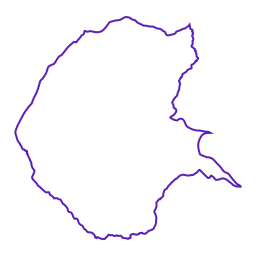 the district of Miraflores, Boyacá, Colombia, rotated 180°
{"feature_id": "7082276B88451081868443", "entity_name": "Miraflores", "entity_type": "district", "adm_level": 2, "iso_a3": "COL", "parent_name": "Colombia", "parent_adm1": "Boyacá", "projection": "natural_earth1", "projection_center": [-73.201, 5.152], "detail": "fine", "context": "isolated", "style": "outline", "palette": "violet", "viewbox_px": 256, "rotation_deg": 180, "n_neighbors": 0, "source": "geoboundaries", "source_scale": "gbopen_adm2", "svg_char_len": 5680}
<svg xmlns="http://www.w3.org/2000/svg" viewBox="0 0 256 256"><g transform="rotate(180 128 128)"><path d="M66.4,231.4L67.3,230.2L70.9,227.6L71.4,227.4L73.4,227.1L74.6,226.3L76.0,225.7L79.6,224.4L80.0,223.9L80.6,222.7L81.0,222.4L82.5,221.8L87.1,220.7L88.4,220.7L89.3,221.0L89.7,221.4L90.1,222.0L90.6,223.5L91.0,223.9L91.9,224.6L92.9,225.0L94.3,226.2L95.4,226.9L96.7,227.3L98.1,227.4L99.8,227.9L101.7,228.9L103.0,229.4L106.3,229.5L110.5,230.4L111.8,230.3L112.6,230.4L115.1,231.8L117.1,232.6L117.8,233.0L118.9,233.8L120.7,235.6L121.1,235.6L122.2,236.2L124.1,236.6L125.6,237.9L126.8,238.5L129.7,239.0L131.3,238.7L134.6,236.8L135.8,236.2L138.0,235.7L140.2,235.6L142.4,235.0L143.3,234.7L145.0,234.4L146.1,233.9L146.8,233.3L150.2,228.7L152.3,226.4L153.8,225.1L155.9,224.2L157.6,223.9L160.2,223.8L165.7,224.9L166.4,224.8L167.2,224.5L169.3,224.3L170.2,224.9L171.0,225.1L171.3,225.0L171.6,224.6L171.8,223.0L172.3,222.1L173.1,221.2L174.5,220.5L175.6,218.7L177.9,216.2L179.6,213.8L180.2,213.8L181.8,214.2L182.7,213.7L187.9,209.1L194.2,201.1L197.0,199.5L198.2,198.0L200.3,194.5L201.7,192.5L202.6,191.8L204.6,191.1L205.6,190.5L206.9,189.9L207.7,189.1L208.4,187.4L209.6,183.5L210.2,182.3L213.2,177.6L214.3,176.5L214.8,176.2L215.8,174.8L216.1,173.9L217.9,167.4L218.4,166.0L218.8,165.3L219.4,163.4L222.3,157.8L223.6,154.5L224.3,152.5L226.8,149.9L230.9,144.4L232.2,142.3L234.9,137.3L238.4,130.5L240.2,125.9L240.6,124.0L240.6,122.9L240.1,121.1L239.3,118.4L238.9,116.8L237.4,113.9L236.4,112.8L235.9,111.4L234.6,109.7L234.2,108.3L233.7,107.8L233.7,107.3L232.9,106.5L231.7,106.4L231.0,105.5L230.2,105.5L230.0,104.9L229.8,104.8L229.3,105.0L228.9,104.7L228.9,103.4L229.2,102.3L228.5,101.8L228.0,100.7L227.6,99.2L226.7,97.9L226.0,96.0L224.8,93.6L224.3,90.1L223.2,87.5L221.7,85.8L221.6,84.5L221.7,83.8L222.7,81.7L223.9,78.9L223.9,78.0L222.7,76.1L221.9,75.4L221.4,74.7L219.4,72.7L218.6,71.3L217.3,69.7L215.9,68.8L210.8,64.1L209.3,63.6L207.2,63.8L206.8,63.6L206.4,62.0L206.2,61.4L203.6,59.7L202.9,59.0L202.0,57.6L201.3,57.5L200.7,57.8L200.1,57.8L198.6,57.7L197.5,56.8L195.7,56.4L195.3,56.2L193.1,52.2L191.5,51.3L189.3,48.8L188.3,46.9L188.0,45.2L187.4,44.3L184.8,43.4L184.5,43.1L183.4,41.2L182.8,39.3L181.6,37.4L180.9,37.1L179.3,37.5L178.8,37.1L177.9,35.5L177.6,34.1L177.2,33.1L176.2,31.8L175.3,31.1L174.0,30.5L173.5,30.1L173.1,29.6L172.4,28.0L171.8,27.1L171.1,26.7L170.1,26.0L169.8,25.5L168.3,23.9L167.5,23.7L165.2,23.6L164.1,23.0L163.4,22.9L162.6,21.9L161.5,20.9L161.2,20.2L160.8,18.6L160.5,18.3L159.3,17.9L159.0,18.7L158.6,18.9L154.8,17.2L152.6,17.0L151.4,17.1L150.8,17.4L150.4,18.2L150.2,18.5L149.2,19.0L148.8,19.3L148.3,20.4L147.8,20.7L147.6,21.2L147.1,21.4L145.5,20.6L144.0,21.0L141.7,20.0L140.9,20.0L139.3,20.7L137.9,20.0L135.9,20.3L135.2,20.2L134.8,20.0L134.1,19.3L133.8,18.5L133.5,18.2L131.8,18.1L131.1,17.8L129.5,17.7L128.0,17.1L127.7,17.3L127.5,17.7L126.7,17.9L126.1,17.8L125.6,18.1L125.3,18.8L125.6,20.2L125.3,21.1L123.7,21.9L122.5,22.1L122.0,21.7L118.7,21.3L118.2,21.5L117.8,22.0L116.8,22.2L116.1,23.0L115.4,22.9L114.5,23.3L113.9,23.2L113.5,22.6L111.0,22.2L109.0,23.4L107.8,24.9L107.0,25.3L106.1,25.4L103.4,26.6L102.2,27.5L101.7,28.9L100.5,31.2L99.9,33.3L100.0,34.8L99.9,36.0L99.7,36.7L99.6,38.3L100.5,41.6L101.5,43.6L101.6,44.5L101.5,45.6L100.5,46.8L99.6,49.1L99.4,49.8L99.4,50.2L99.6,51.4L99.6,53.4L99.5,53.6L98.7,54.5L97.7,55.9L97.0,56.7L95.9,56.7L95.7,56.9L95.6,57.6L94.8,58.1L94.2,58.4L93.0,59.7L92.8,60.1L92.6,62.8L91.7,65.4L91.0,66.3L89.6,67.2L89.0,67.7L87.7,70.0L86.8,70.7L84.5,73.3L81.4,76.1L80.7,76.9L79.1,77.5L78.6,78.2L77.0,79.7L75.0,80.9L73.8,81.2L71.7,81.2L70.9,80.9L68.4,80.5L66.5,80.5L65.3,80.9L63.3,81.0L62.3,81.4L60.6,82.7L59.2,83.4L58.5,84.2L58.0,85.0L57.3,85.7L56.7,86.1L56.3,86.1L50.0,79.8L48.0,78.0L47.0,78.1L46.4,78.3L45.5,79.8L44.5,80.4L43.9,79.7L41.9,78.3L41.0,76.8L40.0,76.2L39.3,76.1L38.8,76.3L36.4,76.6L34.7,77.4L33.3,77.6L31.5,77.3L29.9,76.6L28.6,75.8L26.7,74.1L25.8,73.6L23.0,71.2L21.4,70.2L20.4,69.8L19.0,69.5L16.6,69.4L15.8,69.2L15.4,69.4L16.3,70.6L18.9,71.9L19.5,72.4L23.7,77.3L27.4,82.1L28.5,82.8L30.5,83.6L32.1,84.6L33.6,86.3L34.9,88.2L37.1,90.8L38.4,91.9L42.6,96.5L44.0,97.5L45.6,98.3L47.8,98.7L48.9,98.7L54.7,100.9L56.0,101.7L57.3,105.9L57.7,109.1L57.8,110.7L57.6,112.9L56.9,115.4L56.5,116.6L54.6,120.0L53.3,121.4L51.3,122.5L49.4,122.9L45.5,123.1L47.1,124.0L47.7,124.1L51.9,124.6L56.6,125.5L58.9,125.5L62.5,126.2L65.8,127.6L68.7,129.3L69.4,129.9L70.3,131.5L71.7,134.9L72.8,136.3L73.7,137.0L75.1,137.3L76.3,137.2L77.3,136.7L78.7,135.6L79.3,135.5L81.9,136.2L83.0,136.7L85.7,138.3L85.7,138.6L84.7,139.6L82.6,140.8L81.7,141.7L80.8,142.7L79.7,144.6L79.8,144.9L79.8,146.1L80.3,147.1L82.3,148.4L82.4,149.0L82.4,150.4L82.6,151.1L83.7,153.1L83.8,153.5L83.3,154.5L82.9,155.1L82.4,156.4L82.2,156.5L81.8,157.3L81.3,157.7L80.4,158.9L79.3,159.9L79.0,160.4L78.5,161.9L78.2,163.7L77.2,165.5L76.7,167.4L76.5,169.9L75.8,172.2L76.0,172.8L77.0,174.6L77.0,175.3L76.2,176.2L75.7,177.7L75.0,178.0L74.8,178.2L74.8,179.0L74.0,179.4L73.9,179.7L73.6,181.8L73.3,182.1L71.8,182.9L70.2,184.0L69.5,184.6L69.0,185.4L68.5,186.0L67.0,186.8L64.5,187.7L64.4,188.4L64.7,189.7L64.4,191.1L64.0,191.5L63.2,191.6L62.4,192.3L61.1,193.5L60.7,194.5L60.4,194.9L59.8,194.8L59.3,195.0L59.3,195.9L58.4,196.6L57.9,197.4L57.9,197.8L58.3,198.4L59.0,198.9L59.4,199.5L59.6,202.3L60.3,203.6L60.1,204.9L60.5,205.3L60.9,205.2L61.1,205.5L61.1,206.6L61.2,206.9L61.5,207.2L62.2,207.5L62.9,208.5L64.2,209.2L64.5,209.8L64.3,210.5L63.5,211.7L63.2,212.7L63.6,214.9L62.9,215.8L62.7,216.3L62.7,217.3L63.8,220.1L63.9,220.7L63.1,221.4L62.9,221.9L63.4,222.9L63.1,223.6L63.1,223.9L63.2,224.2L63.9,224.6L63.6,225.3L63.5,225.9L64.1,226.5L65.5,227.0L65.7,227.3L66.4,231.4Z" fill="none" stroke="#5b21b6" stroke-width="2"/></g></svg>